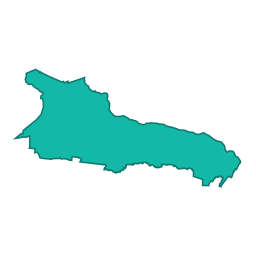 outline of Pesquería, Nuevo León, Mexico
{"feature_id": "50627088B93761712113478", "entity_name": "Pesquería", "entity_type": "district", "adm_level": 2, "iso_a3": "MEX", "parent_name": "Mexico", "parent_adm1": "Nuevo León", "projection": "albers", "projection_center": [-99.931, 25.747], "detail": "fine", "context": "isolated", "style": "filled", "palette": "teal", "viewbox_px": 256, "rotation_deg": 0, "n_neighbors": 0, "source": "geoboundaries", "source_scale": "gbopen_adm2", "svg_char_len": 5846}
<svg xmlns="http://www.w3.org/2000/svg" viewBox="0 0 256 256"><path d="M240.6,161.9L240.1,160.5L239.0,159.2L238.7,158.4L237.9,157.5L237.7,157.1L235.7,156.2L234.8,155.5L234.7,154.8L234.9,154.5L234.8,154.1L234.0,152.5L233.2,151.6L232.1,151.0L230.9,151.1L229.7,150.9L228.2,151.5L227.6,151.9L227.0,152.0L226.6,151.8L226.1,151.3L225.8,150.9L224.9,148.6L224.8,147.1L224.4,145.8L221.8,142.4L220.6,141.8L216.6,140.8L215.5,140.1L213.8,139.4L210.4,136.6L208.2,135.2L207.3,134.8L206.3,134.5L204.6,133.1L203.4,132.9L202.8,133.0L199.6,134.2L198.8,134.4L197.8,134.4L196.7,134.1L195.6,134.1L193.4,132.5L188.8,131.9L187.1,131.4L185.8,130.6L183.8,130.1L179.4,130.0L175.5,128.3L174.8,128.2L172.4,127.4L168.2,126.5L165.6,125.7L164.8,125.0L164.0,124.5L160.7,124.0L159.0,124.3L158.5,123.7L157.0,123.3L153.7,123.2L152.1,122.9L150.5,122.8L149.0,123.4L148.4,123.5L148.1,123.3L147.0,123.1L146.2,123.3L145.8,124.0L145.2,124.2L143.8,124.6L142.6,124.7L141.1,124.1L138.8,123.6L138.4,123.0L138.0,122.8L137.6,122.1L135.9,120.9L133.7,120.5L132.8,119.9L130.8,119.9L129.0,119.1L128.6,118.5L127.8,118.2L126.5,117.2L125.6,116.9L124.0,115.9L122.5,115.9L120.8,116.3L118.6,116.5L117.8,116.4L116.7,116.5L116.0,116.2L115.1,116.3L113.5,115.3L113.1,114.6L110.7,112.2L110.0,110.6L109.1,110.1L108.8,109.8L108.8,109.5L109.3,108.5L109.4,106.4L109.7,105.4L109.5,104.9L109.6,103.3L109.1,102.5L108.8,101.4L107.7,100.5L107.2,99.3L107.2,98.6L107.6,97.0L107.7,95.0L107.5,94.5L107.0,93.6L105.8,93.1L103.9,93.0L102.7,93.7L101.8,94.0L101.2,94.0L100.4,93.4L99.8,93.3L99.7,93.1L98.9,92.4L98.2,92.7L96.4,92.5L96.0,92.2L96.0,91.8L95.9,91.6L94.1,91.5L93.8,91.3L93.9,91.2L93.0,91.4L92.2,91.1L91.4,90.3L90.5,89.9L89.8,89.1L89.4,88.8L89.2,88.0L88.7,87.0L88.4,86.7L88.5,86.2L87.1,85.4L86.3,84.8L85.6,84.0L85.1,83.0L84.6,82.4L84.5,82.1L84.7,81.2L84.7,80.4L84.2,78.9L84.6,77.6L68.2,83.1L68.0,81.2L64.8,82.7L64.7,82.6L64.2,82.8L63.5,81.4L62.0,81.9L61.4,81.8L49.2,76.5L41.6,72.7L41.3,72.9L40.5,71.9L39.6,72.5L39.4,72.5L39.7,71.7L35.4,69.4L34.5,70.2L32.9,70.5L26.3,73.4L26.4,73.8L26.1,73.9L26.6,75.6L26.1,76.7L25.6,77.4L25.7,78.8L25.3,79.5L25.6,80.4L25.9,82.0L27.1,82.8L27.5,83.8L27.9,83.9L29.4,84.5L30.0,84.5L30.3,84.0L30.7,83.9L31.9,84.5L33.7,86.5L34.4,86.8L35.0,87.6L37.0,88.6L38.9,89.9L39.9,91.4L42.2,92.6L43.4,93.1L42.6,94.8L41.0,96.0L40.7,98.3L42.5,99.0L42.9,99.5L43.3,103.1L43.4,107.4L41.1,114.4L36.5,119.7L23.3,130.4L22.9,132.6L23.0,133.8L21.1,133.6L15.4,138.4L23.9,137.0L25.7,137.3L28.6,136.3L29.7,136.1L29.7,147.6L29.3,148.1L34.1,148.6L34.8,148.6L35.1,148.5L34.8,152.8L35.9,152.3L36.7,152.2L38.3,153.4L40.0,157.8L42.9,158.4L49.9,159.1L52.1,159.1L52.3,158.6L59.9,158.5L60.0,158.3L60.3,158.3L60.3,158.1L61.1,158.9L62.1,159.0L63.3,158.7L67.2,159.1L68.6,160.0L71.7,160.5L72.0,156.7L78.0,157.4L81.0,158.9L81.5,159.3L79.9,161.9L104.0,164.8L104.3,164.2L105.3,164.8L106.3,165.9L104.5,167.9L104.0,169.8L104.4,169.9L105.1,169.0L105.6,169.0L105.9,169.3L107.0,169.0L107.1,169.9L108.8,170.5L109.5,170.6L109.8,169.9L110.4,169.8L110.8,170.4L111.4,170.4L112.2,170.8L112.3,171.0L113.0,171.1L112.8,171.4L114.1,172.4L114.7,172.4L115.1,172.7L115.6,172.4L115.9,172.3L116.1,172.5L116.2,172.9L116.8,172.6L117.4,171.9L117.9,172.3L118.1,172.0L120.1,172.1L120.8,171.1L120.4,170.8L120.7,170.5L121.9,170.2L122.9,170.4L123.3,169.9L123.7,169.6L123.4,168.3L123.7,167.7L124.6,168.0L125.2,167.8L125.3,168.3L125.4,168.2L125.3,167.5L125.6,166.7L126.2,166.8L126.4,165.4L126.1,165.0L126.1,164.8L126.6,164.8L127.2,164.5L127.6,164.6L128.0,164.4L129.1,164.7L131.1,164.4L131.7,164.6L132.1,165.0L132.7,165.0L133.1,164.8L133.3,164.3L133.2,164.1L132.7,163.8L132.8,163.6L133.1,163.5L133.6,163.8L134.1,164.3L134.3,164.3L134.7,163.8L134.8,163.3L135.2,163.1L136.0,163.1L136.4,163.3L136.8,163.8L137.6,163.8L138.2,163.7L138.6,163.2L139.4,163.5L140.1,162.9L140.7,162.8L142.1,163.2L142.2,163.6L142.7,163.7L143.0,163.3L142.8,163.1L142.8,162.8L143.3,162.4L143.7,162.2L144.2,162.4L145.5,162.4L146.0,162.6L146.4,163.1L147.3,163.6L147.5,163.6L147.8,163.4L148.0,163.4L148.3,163.9L148.6,164.0L148.6,164.9L149.0,164.9L149.4,165.3L150.1,165.9L150.6,165.5L151.2,165.4L151.4,164.9L151.7,164.7L152.3,164.7L153.4,165.4L153.8,166.2L154.7,166.7L155.2,166.7L155.2,167.3L155.4,167.6L155.8,167.6L156.2,167.1L156.7,167.0L157.2,167.2L157.7,167.8L158.5,167.7L159.2,167.2L159.9,167.4L160.7,166.9L160.9,166.6L161.7,166.8L161.8,166.2L162.0,166.1L162.1,165.4L161.6,164.8L161.6,164.6L161.9,164.2L162.2,164.2L163.3,164.3L164.3,164.2L164.9,164.8L166.1,165.0L166.6,164.9L167.4,165.1L167.8,165.0L167.9,164.4L168.1,164.3L169.4,164.7L170.1,164.5L171.9,164.8L172.8,165.2L172.9,165.4L173.4,165.8L173.5,166.1L173.9,165.6L174.9,165.5L174.8,166.2L175.4,166.2L175.8,166.4L176.4,167.1L176.5,167.4L176.8,167.6L177.2,167.5L177.3,168.1L177.7,168.1L177.9,168.5L178.4,168.7L178.5,168.9L178.7,169.0L178.9,168.7L180.2,168.8L180.8,168.4L181.0,168.5L181.5,168.5L181.7,168.1L181.7,168.5L182.0,168.4L182.1,168.5L182.5,168.3L183.2,168.5L183.8,168.3L184.1,168.0L185.4,168.7L186.5,168.9L186.9,168.6L187.0,168.9L187.7,169.0L188.1,168.6L188.0,168.9L189.2,168.1L189.7,168.2L190.0,168.4L191.8,168.7L191.8,168.9L191.7,169.2L192.0,169.3L192.3,169.8L192.4,170.2L192.3,170.7L193.5,171.1L193.4,171.4L193.5,171.6L193.4,176.3L202.6,179.5L202.6,185.5L208.9,185.6L208.9,184.0L210.8,180.9L212.3,181.8L214.8,178.3L214.6,178.2L215.0,178.1L215.3,177.9L214.9,177.9L215.0,177.4L215.7,177.0L217.8,177.3L217.5,176.8L217.7,176.5L218.3,176.6L218.6,176.4L219.0,176.6L219.6,176.4L219.7,176.2L221.6,176.5L221.8,177.1L221.5,177.6L222.7,177.6L222.6,177.9L222.9,178.4L222.8,179.1L222.5,179.8L222.0,180.3L221.6,180.3L221.5,180.6L221.3,181.8L221.0,182.7L220.0,183.4L219.7,184.2L219.3,186.3L221.0,186.6L220.8,186.2L227.4,177.4L228.4,176.4L231.5,177.5L232.5,175.2L233.6,171.1L234.4,171.5L235.2,168.9L236.5,169.5L237.9,166.5L237.8,166.4L239.6,163.3L240.2,163.0L240.2,162.5L240.6,161.9Z" fill="#14b8a6" stroke="#0f766e" stroke-width="1.5"/></svg>